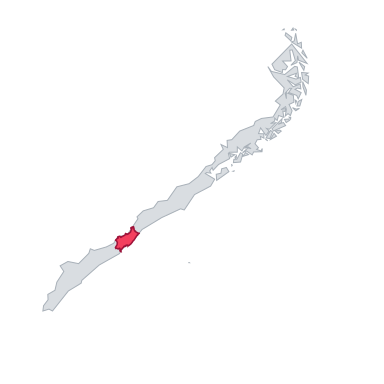 Coquimbo on a map of Chile (Mercator projection), rotated 224°
{"feature_id": "CHL-2697", "entity_name": "Coquimbo", "entity_type": "Region", "adm_level": 1, "iso_a3": "CHL", "parent_name": "Chile", "parent_adm1": "", "projection": "mercator", "projection_center": [-70.868, -30.645], "detail": "fine", "context": "in_parent", "style": "filled", "palette": "rose", "viewbox_px": 384, "rotation_deg": 224, "n_neighbors": 0, "source": "natural_earth", "source_scale": "10m", "svg_char_len": 7003}
<svg xmlns="http://www.w3.org/2000/svg" viewBox="0 0 384 384"><g transform="rotate(224 192 192)"><path d="M209.7,9.5L213.5,8.4L216.6,2.8L219.8,7.1L220.7,14.5L224.6,18.2L222.3,26.1L226.6,33.3L229.0,45.8L235.6,47.3L233.0,55.8L223.8,61.7L223.6,76.2L225.7,80.5L221.7,82.1L215.5,92.9L212.7,100.7L214.1,108.2L209.0,116.8L212.3,135.2L214.3,135.9L214.0,144.5L208.7,154.0L209.8,161.6L203.9,168.9L206.5,185.2L199.9,195.9L198.2,207.4L199.6,220.1L196.6,225.5L197.0,230.6L199.6,232.4L199.1,244.4L204.1,246.3L197.3,248.6L202.6,253.5L199.7,257.3L200.0,269.0L193.8,282.7L195.5,286.7L193.1,293.2L185.8,302.3L189.0,316.0L195.2,315.3L194.6,325.7L198.0,330.9L213.2,331.5L224.6,334.9L218.7,333.9L206.9,340.9L205.4,353.7L203.1,355.1L194.6,348.3L198.2,346.8L199.3,350.0L203.6,341.4L195.6,345.5L193.6,349.7L189.8,346.9L192.2,340.8L201.4,338.9L192.3,338.0L189.2,344.8L185.3,341.8L188.3,340.1L189.2,337.4L182.5,339.3L180.3,332.8L183.8,334.2L191.7,330.7L192.3,335.8L193.8,334.5L193.6,327.7L188.9,324.7L193.2,328.9L186.2,331.9L181.1,327.4L183.0,322.4L176.4,319.9L174.3,315.3L177.4,315.1L177.7,311.5L181.5,317.0L184.0,318.4L185.2,313.1L182.7,317.1L181.1,314.5L182.9,313.3L177.8,309.5L182.9,307.2L180.4,302.6L183.8,302.6L181.8,300.5L183.1,295.8L179.8,300.2L180.0,290.9L182.5,289.5L179.0,289.4L178.1,284.1L187.2,285.8L184.7,280.2L180.8,283.7L177.6,280.7L181.5,279.5L178.9,277.7L181.4,274.9L180.2,270.5L174.9,270.0L175.1,267.5L170.9,269.5L171.7,272.1L169.6,269.6L175.5,263.6L174.5,260.5L181.4,259.3L182.9,255.4L182.4,262.5L179.6,264.2L182.8,263.5L184.6,259.8L183.7,268.1L185.7,260.7L184.6,256.2L190.7,255.9L187.1,252.1L192.6,246.7L192.7,245.0L188.1,242.2L192.0,230.3L191.9,222.3L194.6,223.6L193.9,219.4L191.5,218.7L195.0,216.1L195.3,214.5L184.6,217.0L182.7,209.2L188.4,191.9L185.1,173.7L188.5,172.0L196.0,152.6L201.9,130.3L199.9,112.2L202.9,103.6L201.4,97.3L208.0,75.1L209.9,51.9L208.4,49.4L212.2,34.9L209.7,9.5ZM223.3,339.5L223.1,367.7L198.5,364.4L206.9,360.8L210.6,363.4L206.4,358.0L208.9,351.8L208.9,358.3L218.6,363.8L220.2,361.9L211.8,355.1L217.8,349.1L210.4,348.6L209.6,344.9L211.9,343.1L210.0,340.7L217.4,337.4L223.3,339.5ZM184.3,233.5L179.6,232.3L182.3,217.5L186.9,221.6L184.2,225.6L186.8,229.3L184.3,233.5ZM178.4,292.9L178.1,307.3L175.9,304.0L177.1,300.5L174.5,305.5L170.8,304.8L175.8,292.5L178.4,292.9ZM213.1,371.6L224.6,369.1L223.4,371.7L227.7,378.2L219.0,371.9L217.4,375.6L213.1,371.6ZM184.6,244.6L182.5,246.6L184.4,253.9L181.8,254.5L177.9,247.3L182.6,241.9L184.6,244.6ZM190.7,349.9L196.2,354.1L191.1,358.2L191.9,354.8L188.6,356.4L183.7,350.7L190.7,349.9ZM196.1,357.2L205.3,359.8L198.1,360.5L196.1,357.2ZM235.1,371.7L227.6,372.6L225.8,369.4L233.8,369.3L235.1,371.7ZM178.3,290.9L175.6,291.2L173.1,284.4L176.3,282.4L178.3,290.9ZM173.8,291.2L170.0,290.8L172.0,284.3L173.8,291.2ZM191.8,245.8L187.1,248.6L188.2,244.1L191.8,245.8ZM176.3,326.8L178.5,330.9L177.3,334.8L174.2,328.8L176.3,326.8ZM177.2,340.7L185.2,344.7L189.1,348.3L180.5,344.8L177.2,340.7ZM180.8,257.6L177.3,258.2L180.2,252.9L180.8,257.6ZM202.0,368.2L209.7,368.4L210.7,371.1L202.0,368.2ZM174.2,293.7L172.0,297.4L170.1,297.8L170.6,293.9L174.2,293.7ZM175.9,308.5L173.1,311.7L171.6,311.3L172.5,307.4L175.9,308.5ZM178.3,322.5L174.6,324.0L172.8,326.8L173.8,322.5L178.3,322.5ZM172.8,314.3L171.7,312.9L174.1,313.3L172.8,314.3ZM185.4,249.1L183.9,247.3L184.2,246.3L185.3,246.9L185.4,249.1ZM181.6,329.8L180.0,330.1L179.0,328.0L181.6,329.8ZM175.6,281.3L173.0,281.4L175.5,281.0L175.6,281.3ZM232.8,377.5L233.2,380.1L231.4,379.1L232.8,377.5ZM181.5,238.5L182.9,239.6L181.5,239.0L181.5,238.5ZM231.8,380.8L229.4,381.2L229.2,380.9L231.8,380.8ZM239.3,371.8L239.1,373.3L238.4,372.8L239.3,371.8ZM145.6,138.6L144.8,139.4L144.7,139.4L145.6,138.6ZM176.9,235.5L176.4,236.4L176.2,235.9L176.9,235.5Z" fill="#d9dde1" stroke="#a8b0b8" stroke-width="1"/><path d="M213.5,104.2L213.6,105.0L213.5,106.1L213.5,106.4L213.4,106.8L213.1,107.2L213.1,107.3L213.2,107.5L213.5,107.4L213.8,107.5L214.1,107.8L214.2,108.1L214.1,108.4L214.0,108.5L213.8,108.5L213.7,108.7L213.7,108.9L213.7,109.2L213.7,109.4L213.6,109.5L213.4,109.8L213.2,109.9L213.0,110.1L212.7,110.1L212.4,110.1L211.8,109.8L211.6,109.9L211.6,110.0L211.8,110.3L211.8,110.5L211.7,110.8L211.4,110.9L211.3,111.2L211.1,111.9L211.0,112.2L210.9,112.4L210.8,112.6L210.8,112.9L210.8,113.0L210.6,113.3L210.5,113.7L210.3,114.9L210.4,115.1L210.6,115.4L210.8,115.5L210.9,115.8L210.5,115.8L210.3,115.8L210.2,116.1L210.1,116.3L210.0,116.5L209.9,116.7L209.8,116.8L209.7,116.8L209.6,116.7L209.5,116.3L209.4,116.2L209.3,116.3L208.8,117.0L208.8,117.3L208.8,117.6L208.8,117.8L208.6,118.2L208.6,118.3L208.7,118.5L208.7,118.8L208.5,119.1L208.5,119.3L208.5,119.6L208.5,119.9L208.4,120.3L208.4,120.5L208.5,120.7L208.9,121.5L209.1,121.8L209.2,122.0L209.2,122.3L209.2,122.5L209.3,122.7L209.4,122.9L209.7,123.2L209.9,123.3L210.2,123.3L210.5,123.3L210.8,123.5L211.0,123.7L211.1,123.8L211.1,124.0L210.9,124.4L210.8,124.7L210.8,124.8L210.6,124.8L210.2,124.7L210.0,124.8L210.1,125.0L210.2,125.4L210.2,125.5L210.3,125.6L210.3,125.8L210.3,126.0L210.0,126.3L209.7,126.3L209.4,126.2L209.1,125.8L209.0,125.6L208.8,125.5L208.3,125.4L208.0,125.2L207.7,124.8L207.4,124.6L207.1,124.5L206.9,124.5L206.7,124.5L205.8,124.2L205.6,124.1L205.4,124.2L205.3,124.6L205.1,124.6L204.3,124.3L204.0,124.3L203.8,124.4L203.6,124.5L202.9,125.0L202.3,124.9L202.1,124.7L201.9,124.7L201.8,125.0L201.2,126.1L201.2,125.8L201.2,125.7L201.3,125.5L201.3,125.1L201.5,124.2L201.4,124.0L201.4,123.9L201.3,123.7L201.5,123.4L201.5,123.2L201.2,122.9L201.4,122.6L201.4,122.4L201.1,120.9L201.0,120.7L201.0,120.1L200.8,119.4L200.7,119.2L200.4,117.2L200.3,116.8L200.4,116.1L200.4,115.7L200.4,115.2L200.3,114.9L200.2,114.8L200.2,114.7L200.1,114.4L200.1,114.1L200.0,113.5L200.0,112.9L199.9,112.1L199.9,111.9L200.1,111.4L200.0,111.1L200.0,110.9L200.1,110.6L200.2,109.7L200.5,108.9L200.5,108.7L200.6,108.8L200.7,109.1L200.9,109.2L201.1,109.2L201.4,109.1L201.5,109.0L201.5,108.9L201.6,108.7L201.9,108.1L202.0,108.2L202.1,108.3L202.3,108.2L202.4,107.9L202.5,107.7L202.5,107.3L202.4,107.1L202.3,106.8L202.2,106.6L202.3,106.5L202.4,106.4L202.5,106.3L202.6,106.2L202.8,106.1L203.1,106.1L203.2,105.9L203.2,105.6L203.2,105.3L203.2,105.2L202.9,104.9L202.8,104.3L202.8,104.1L202.9,103.9L202.9,103.7L203.1,103.4L203.1,103.2L202.9,102.9L202.8,102.7L202.8,102.3L202.9,102.0L202.9,101.8L203.0,101.7L202.9,101.4L202.8,101.2L202.7,101.0L202.7,100.9L202.7,100.7L202.5,100.4L201.8,99.9L201.6,99.8L201.9,99.6L202.3,99.5L202.6,99.6L202.8,99.6L203.1,99.7L203.2,99.8L203.3,99.9L203.4,100.0L203.5,100.2L203.6,100.6L203.8,100.8L204.1,100.9L204.3,100.8L204.5,100.9L204.5,101.0L204.8,101.3L205.1,101.2L205.3,100.8L205.3,100.6L205.5,99.9L205.5,99.7L206.0,99.5L206.9,99.3L207.1,99.2L207.3,99.0L207.3,98.9L207.4,98.7L207.5,98.5L207.8,98.6L208.3,98.7L208.4,98.8L208.6,99.0L208.7,99.5L209.3,102.1L209.5,102.4L209.6,102.6L209.7,102.8L210.2,103.1L210.3,103.2L210.4,103.3L210.5,103.7L210.6,103.8L210.8,103.9L211.5,104.1L211.9,104.3L212.1,104.4L212.9,104.4L213.0,104.4L213.3,104.2L213.5,104.2Z" fill="#f43f5e" stroke="#9f1239" stroke-width="1.5"/></g></svg>